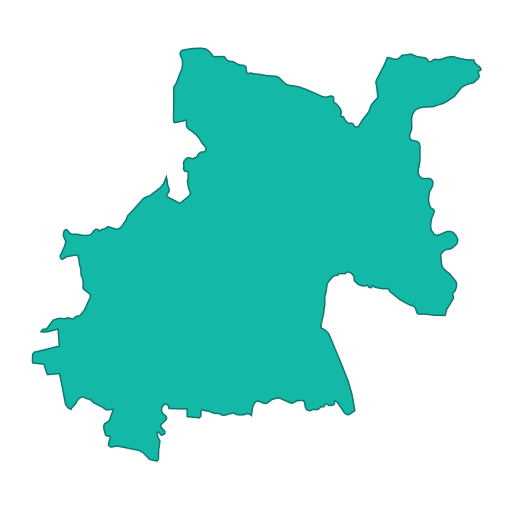 the district of Buon Ma Thuot, Đắk Lắk, Vietnam, rotated 181°
{"feature_id": "81297802B34862108658790", "entity_name": "Buon Ma Thuot", "entity_type": "district", "adm_level": 2, "iso_a3": "VNM", "parent_name": "Vietnam", "parent_adm1": "Đắk Lắk", "projection": "natural_earth1", "projection_center": [108.009, 12.661], "detail": "fine", "context": "isolated", "style": "filled", "palette": "teal", "viewbox_px": 512, "rotation_deg": 181, "n_neighbors": 0, "source": "geoboundaries", "source_scale": "gbopen_adm2", "svg_char_len": 5995}
<svg xmlns="http://www.w3.org/2000/svg" viewBox="0 0 512 512"><g transform="rotate(181 256 256)"><path d="M65.9,199.9L64.3,206.2L59.8,213.5L58.0,217.2L57.8,218.8L58.6,220.2L58.7,221.7L58.5,222.3L56.9,223.9L56.1,225.3L55.1,228.5L54.9,231.7L55.3,233.2L56.6,235.2L62.3,241.8L65.5,244.0L69.3,247.9L70.3,250.7L71.4,260.2L70.8,261.8L67.8,264.8L66.3,265.6L61.7,266.6L60.3,267.2L56.4,270.6L55.5,271.7L54.6,274.2L54.7,276.5L56.7,280.3L57.9,281.6L59.1,282.8L60.9,283.7L64.5,284.0L66.6,283.4L72.9,280.5L76.0,279.7L78.4,281.0L81.0,284.6L81.7,286.7L81.9,288.7L81.8,292.5L80.8,297.3L78.7,302.8L78.5,303.9L78.7,304.7L79.8,305.9L81.8,306.9L83.0,308.7L84.4,313.9L84.5,315.8L84.2,319.3L83.5,323.3L81.1,328.3L80.6,329.8L80.4,332.3L80.7,334.0L82.0,335.7L84.2,336.6L89.8,336.3L91.8,336.8L94.0,338.8L95.1,341.0L95.4,343.2L95.2,345.9L94.5,348.4L93.8,354.0L93.9,368.3L94.9,371.7L95.5,372.5L97.8,373.6L102.4,374.4L104.2,376.2L104.5,379.4L104.2,381.0L102.8,384.5L102.5,386.9L102.9,396.4L102.0,400.2L101.2,401.9L99.6,404.4L97.6,405.8L94.4,407.2L91.5,407.7L80.8,408.5L76.2,410.5L72.0,411.6L68.8,413.3L60.3,419.2L55.5,425.5L52.9,428.5L50.1,430.3L46.1,431.9L43.2,432.5L41.3,433.2L37.1,437.2L36.3,438.5L36.0,440.1L36.7,442.7L36.9,444.9L35.0,445.4L34.5,445.9L34.3,447.2L36.3,449.4L39.2,451.5L41.1,453.9L41.6,455.8L48.6,455.8L55.4,457.0L62.5,458.8L68.0,458.2L75.0,455.7L77.1,455.4L79.6,455.8L81.9,455.5L83.7,453.9L85.3,453.2L86.7,453.4L88.9,456.3L90.3,457.1L98.3,458.1L104.2,460.4L105.7,460.5L109.4,459.6L113.2,459.4L117.4,455.5L119.6,455.0L123.0,455.6L127.0,456.8L128.2,456.6L130.6,450.3L138.6,434.1L139.2,432.0L138.2,427.0L136.9,416.7L141.4,411.6L143.5,408.7L145.9,401.9L151.7,394.2L155.9,387.2L158.0,386.7L159.3,387.1L160.6,388.3L161.4,389.8L162.7,390.5L165.6,390.3L167.5,391.4L169.2,393.3L171.1,396.7L173.7,397.2L173.8,398.1L173.1,401.1L173.5,403.0L175.1,405.9L178.0,409.2L180.2,410.6L181.1,411.9L181.1,415.4L181.4,416.3L182.3,416.9L183.0,417.2L184.9,417.1L189.3,415.8L193.2,416.8L208.9,423.5L216.6,426.0L226.9,427.4L229.7,428.7L236.3,434.9L238.8,436.0L248.9,436.6L256.4,437.8L259.8,437.9L264.2,438.8L268.3,438.3L269.5,445.3L271.8,446.4L276.0,446.8L277.9,447.5L282.1,449.9L286.5,450.3L288.4,451.3L291.3,454.8L302.1,454.6L306.1,459.6L310.0,462.2L314.9,462.8L322.4,462.4L332.1,460.8L333.9,460.0L334.9,458.9L335.4,457.2L335.3,455.7L333.2,451.4L332.8,447.1L333.2,442.1L335.8,435.7L337.9,429.4L339.3,426.3L341.0,423.8L341.1,418.3L340.8,390.4L340.3,388.1L338.7,388.1L331.7,389.6L329.2,390.6L328.1,390.4L327.7,384.5L326.1,382.1L323.0,380.1L318.4,376.6L315.2,373.2L311.5,367.4L308.1,363.9L307.8,361.5L308.8,359.8L310.4,359.0L312.5,359.0L315.1,357.3L316.9,354.1L320.7,352.1L325.6,353.2L327.4,352.2L329.4,349.9L330.1,348.1L329.7,343.8L330.0,341.6L328.8,339.7L325.5,339.1L325.1,337.5L325.3,335.6L325.1,331.8L325.9,330.5L325.4,326.9L324.5,322.6L322.5,317.4L324.1,314.7L332.9,307.3L345.2,313.4L346.4,314.2L346.6,314.8L344.2,318.8L343.9,320.1L344.4,322.6L345.6,325.3L346.2,329.9L347.1,333.5L349.3,327.3L352.4,323.0L363.2,314.4L367.2,312.9L369.8,311.3L380.6,298.7L384.9,294.2L386.8,289.0L388.8,286.5L390.0,284.0L392.1,281.9L394.3,280.5L397.0,280.5L403.7,282.6L405.1,282.6L408.2,280.1L409.5,280.2L411.2,279.5L413.1,277.9L414.6,279.9L416.7,279.9L418.7,278.3L420.8,275.1L423.1,273.9L426.1,273.6L430.0,273.6L435.2,274.6L440.0,274.5L442.0,275.1L445.6,279.0L446.8,279.1L448.3,277.5L448.8,275.5L448.9,272.6L446.3,266.9L447.6,262.2L451.8,252.6L451.5,250.8L450.4,249.5L449.3,249.4L444.9,252.2L435.4,253.9L434.4,253.5L433.2,250.8L432.4,244.8L430.9,239.8L430.5,233.7L428.8,229.6L428.2,225.4L428.6,222.0L428.3,220.8L427.4,219.5L422.6,216.0L421.0,214.4L420.9,212.1L426.5,199.1L430.9,193.4L432.2,192.9L433.9,192.8L435.5,192.1L436.9,190.5L438.3,189.8L441.3,190.7L443.1,190.9L444.2,190.7L445.5,190.0L446.9,189.9L451.8,190.3L457.7,188.3L464.1,179.4L468.0,178.9L469.7,176.6L466.9,176.2L462.0,176.9L452.6,179.5L451.1,162.5L476.0,155.9L477.6,153.8L477.7,146.6L477.2,145.1L466.1,144.2L463.2,135.3L462.1,133.8L450.4,135.0L447.7,123.2L443.9,104.7L441.4,101.1L438.3,99.4L437.6,100.9L433.6,105.5L431.6,109.4L428.6,111.7L426.0,112.2L423.1,110.5L420.4,110.0L418.8,109.3L416.0,106.6L407.4,102.5L403.3,99.8L402.2,99.5L395.9,100.2L399.5,89.7L400.5,88.2L404.6,85.5L405.3,83.2L404.9,79.8L403.1,74.0L399.4,73.0L398.4,72.4L400.1,66.4L400.1,64.0L397.7,62.4L391.5,63.6L369.6,59.6L365.5,57.5L358.8,50.8L351.5,49.2L350.0,51.1L350.0,60.3L348.8,69.2L351.2,73.6L351.8,77.4L350.7,78.7L347.8,75.4L346.9,75.2L344.6,76.3L344.0,77.4L344.1,78.9L348.0,83.3L348.5,85.2L342.8,91.0L342.5,92.6L343.1,94.2L346.6,97.0L347.8,99.5L347.6,102.5L346.3,104.9L343.7,106.6L342.0,105.8L341.1,104.6L340.3,102.0L322.2,101.8L322.0,94.2L309.8,93.2L308.3,95.1L308.4,99.4L307.7,100.9L305.9,101.1L303.0,100.1L301.2,100.3L296.6,98.5L293.8,97.9L290.4,97.9L287.1,96.3L284.5,96.3L275.6,98.8L273.7,97.4L270.1,96.8L265.3,97.1L261.7,98.4L259.3,97.7L257.8,96.5L256.8,104.4L255.8,107.3L254.8,109.1L253.2,110.7L250.8,110.9L245.2,108.8L242.7,108.8L237.9,112.6L233.5,114.1L230.3,114.5L219.1,109.7L217.0,109.4L213.2,111.7L208.4,112.5L206.0,112.2L204.9,110.4L203.9,105.4L202.7,103.3L200.8,102.4L199.2,102.2L196.4,103.7L192.8,103.4L191.0,103.9L188.4,106.3L185.5,106.5L184.2,109.0L183.2,109.4L180.7,108.0L179.5,107.8L176.7,108.2L175.3,109.1L174.7,112.3L174.1,112.5L172.9,111.8L171.3,110.0L165.1,101.2L162.9,99.2L160.9,98.9L158.9,99.8L154.5,103.2L157.6,119.1L161.7,132.5L168.9,149.8L181.9,179.5L185.5,183.2L189.8,185.3L189.6,189.1L187.5,199.3L186.4,208.8L186.5,215.9L185.1,222.9L184.4,229.7L179.4,236.2L176.4,238.0L174.2,238.0L172.6,239.8L166.7,239.9L164.3,241.7L160.9,241.0L157.8,237.6L157.3,233.7L156.6,232.2L155.2,231.3L154.0,229.9L152.5,229.0L149.1,228.0L147.0,227.8L144.3,228.9L143.7,228.6L143.1,227.1L140.8,226.2L139.9,226.6L139.4,228.5L138.4,228.2L136.7,226.9L132.6,226.1L128.2,225.4L125.1,225.7L123.2,225.5L121.4,222.7L111.6,215.1L105.5,211.7L100.4,209.3L98.1,209.0L96.6,207.9L95.5,206.2L94.1,202.1L93.3,201.2L91.7,200.7L86.2,200.9L76.2,199.9L65.9,199.9Z" fill="#14b8a6" stroke="#0f766e" stroke-width="1.5"/></g></svg>